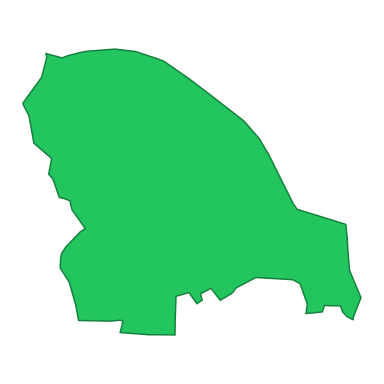 Zango, Katsina, Nigeria (orthographic projection)
{"feature_id": "59680162B91454305469147", "entity_name": "Zango", "entity_type": "district", "adm_level": 2, "iso_a3": "NGA", "parent_name": "Nigeria", "parent_adm1": "Katsina", "projection": "orthographic", "projection_center": [8.555, 12.959], "detail": "fine", "context": "isolated", "style": "filled", "palette": "green", "viewbox_px": 384, "rotation_deg": 0, "n_neighbors": 0, "source": "geoboundaries", "source_scale": "gbopen_adm2", "svg_char_len": 1194}
<svg xmlns="http://www.w3.org/2000/svg" viewBox="0 0 384 384"><path d="M120.2,332.6L148.4,334.7L175.0,334.9L175.2,320.6L176.0,296.3L189.0,292.6L196.9,303.7L202.2,300.2L200.5,293.9L210.9,288.3L220.3,300.3L229.7,294.6L232.6,292.7L236.1,287.9L255.9,277.5L292.8,279.7L300.1,283.7L307.3,304.1L306.0,313.5L311.5,313.1L322.3,311.9L324.5,305.5L331.8,305.8L340.4,305.8L342.6,311.9L347.0,316.6L351.4,318.9L353.2,319.6L353.3,318.3L353.2,317.5L358.9,302.9L361.0,297.7L349.5,270.3L347.8,248.7L347.1,236.7L345.8,224.4L319.7,216.3L297.2,209.4L293.3,203.8L287.3,191.8L284.4,186.1L279.6,176.5L274.6,166.3L268.7,154.5L259.2,138.6L243.9,121.0L222.8,104.6L213.5,97.4L198.4,85.8L188.4,78.3L163.9,61.3L158.4,59.1L135.9,51.6L115.2,49.1L86.2,51.3L78.0,53.0L75.5,53.8L67.7,55.7L62.2,57.9L46.0,53.6L46.6,57.1L46.5,58.4L41.7,77.2L39.5,80.2L35.7,85.5L34.5,87.1L23.0,103.0L23.3,104.8L29.0,115.9L33.9,143.2L51.6,158.5L48.7,174.3L52.8,178.8L59.4,197.5L62.2,198.1L64.3,198.6L67.4,199.8L70.4,201.0L70.4,203.8L72.2,210.0L85.3,228.6L80.2,231.9L65.9,246.9L61.6,253.4L60.6,258.6L60.2,268.0L69.2,282.1L75.6,304.5L78.6,320.5L110.2,321.1L120.7,320.2L122.9,321.2L120.2,332.6Z" fill="#22c55e" stroke="#15803d" stroke-width="1.5"/></svg>